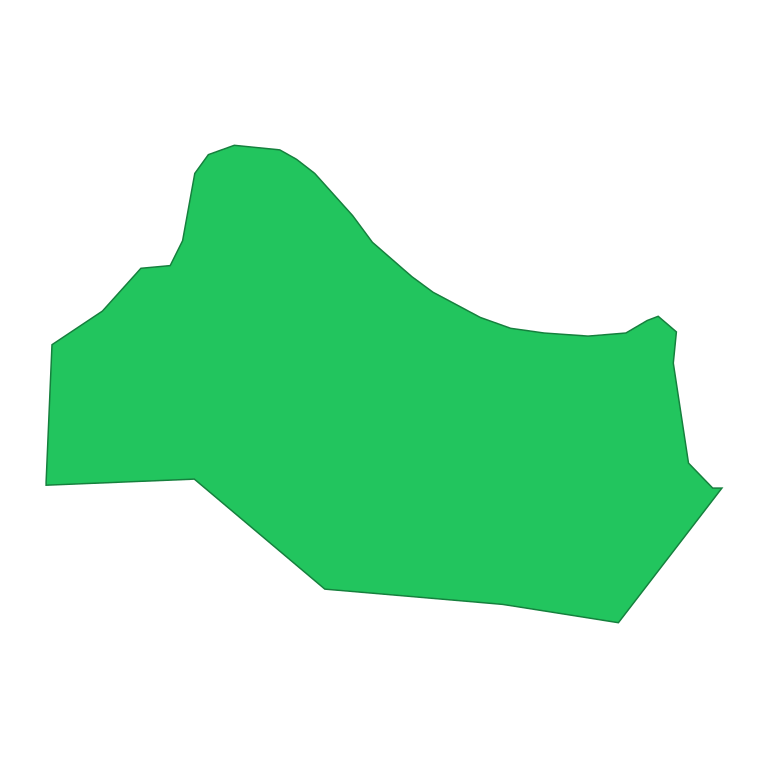 Bella Rosa, Castries, Saint Lucia
{"feature_id": "8701671B73008172575008", "entity_name": "Bella Rosa", "entity_type": "district", "adm_level": 2, "iso_a3": "LCA", "parent_name": "Saint Lucia", "parent_adm1": "Castries", "projection": "mercator", "projection_center": [-60.996, 14.008], "detail": "fine", "context": "isolated", "style": "filled", "palette": "green", "viewbox_px": 768, "rotation_deg": 0, "n_neighbors": 0, "source": "geoboundaries", "source_scale": "gbopen_adm2", "svg_char_len": 548}
<svg xmlns="http://www.w3.org/2000/svg" viewBox="0 0 768 768"><path d="M46.1,482.2L46.1,485.2L194.3,479.1L324.8,589.1L326.9,589.3L502.7,604.4L618.4,622.7L721.9,488.1L712.7,488.1L688.5,463.1L673.3,363.1L676.4,331.9L658.2,316.3L647.2,320.5L625.9,333.0L588.0,336.1L544.0,333.0L510.6,328.3L480.2,317.4L433.1,292.3L411.9,276.7L372.4,242.3L352.7,215.7L314.7,173.4L296.5,159.3L279.8,149.9L234.3,145.3L208.4,154.6L194.8,173.4L182.6,240.7L170.2,265.6L140.9,268.3L102.4,311.1L52.0,344.7L46.1,482.2Z" fill="#22c55e" stroke="#15803d" stroke-width="1.5"/></svg>